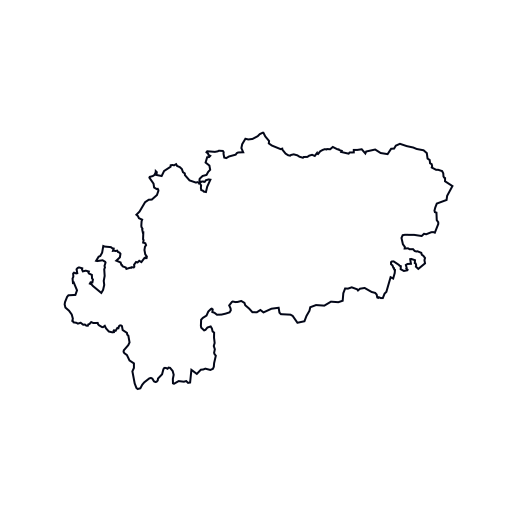 Carrick-On-Shannon Lea-6, Leitrim, Ireland, rotated 299°
{"feature_id": "5873133B60046508730190", "entity_name": "Carrick-On-Shannon Lea-6", "entity_type": "district", "adm_level": 2, "iso_a3": "IRL", "parent_name": "Ireland", "parent_adm1": "Leitrim", "projection": "robinson", "projection_center": [-7.954, 53.923], "detail": "fine", "context": "isolated", "style": "outline", "palette": "ink", "viewbox_px": 512, "rotation_deg": 299, "n_neighbors": 0, "source": "geoboundaries", "source_scale": "gbopen_adm2", "svg_char_len": 6139}
<svg xmlns="http://www.w3.org/2000/svg" viewBox="0 0 512 512"><g transform="rotate(299 256 256)"><path d="M420.5,377.6L419.7,373.5L418.7,371.7L418.6,366.8L420.0,366.5L421.5,365.1L421.5,363.3L424.2,361.3L424.4,358.8L428.8,355.5L429.7,351.3L427.5,344.6L427.1,340.9L425.2,334.6L423.9,327.5L420.3,324.8L416.9,324.7L415.3,322.2L408.9,321.7L406.5,315.1L406.9,308.6L400.8,301.7L398.7,301.9L400.6,296.7L397.9,293.2L396.2,290.1L394.0,291.3L391.9,287.7L390.4,287.4L388.3,280.1L389.5,280.0L389.0,277.4L389.4,276.6L388.8,275.6L388.6,270.3L385.3,269.1L384.0,266.3L383.4,266.1L382.8,264.4L381.1,262.9L378.7,261.4L375.2,260.8L375.1,259.9L375.6,259.4L372.0,258.9L371.7,256.0L369.6,253.9L367.6,252.9L365.7,249.7L364.7,249.4L363.9,245.9L364.1,243.4L363.2,239.7L361.3,237.6L360.3,237.2L359.7,235.2L359.9,232.2L361.8,227.5L362.6,226.9L361.4,225.7L360.3,216.3L360.7,212.6L362.9,211.7L365.1,206.1L367.4,202.7L367.1,202.1L364.4,200.2L361.6,199.4L356.7,196.2L354.2,192.8L353.4,189.9L347.1,189.7L343.3,190.9L340.5,194.5L337.9,190.2L336.6,189.3L334.8,189.1L329.9,184.1L327.2,182.5L326.7,180.5L329.7,178.0L331.1,177.4L331.8,176.1L330.1,172.5L329.0,171.8L327.1,169.5L324.0,162.6L323.3,162.4L322.7,162.4L322.4,164.4L321.4,165.3L321.4,167.4L319.8,167.0L318.7,165.4L313.3,166.6L312.5,171.4L309.2,174.1L306.4,173.4L302.9,173.4L300.1,170.5L296.3,169.3L294.8,169.8L294.3,170.5L292.5,171.0L294.9,172.6L295.6,173.7L295.6,174.7L296.3,175.3L297.9,175.4L300.0,177.4L300.6,179.1L293.0,179.7L287.7,181.2L287.0,179.1L287.4,177.9L287.1,176.2L288.8,174.8L291.2,173.7L292.5,171.1L292.2,169.0L291.1,167.9L289.9,161.2L292.3,154.6L293.7,153.7L293.9,151.5L296.1,149.0L296.8,146.3L296.5,143.3L297.6,141.6L295.6,140.4L295.1,138.8L294.0,137.4L292.6,138.0L285.8,134.4L280.2,134.7L278.6,129.6L281.2,128.6L281.6,127.2L280.6,127.7L277.6,127.9L275.8,126.9L273.7,124.7L272.8,124.8L269.6,131.3L266.5,133.7L266.4,136.8L267.1,137.5L266.7,138.2L265.8,139.0L261.3,139.8L254.8,137.5L253.2,134.9L249.3,132.9L238.4,132.6L234.1,131.4L233.7,133.3L232.3,135.3L232.6,138.8L230.9,139.1L227.1,140.9L225.9,141.7L224.7,143.6L224.0,143.6L221.5,145.8L221.8,146.1L215.9,149.1L215.4,150.0L213.0,150.8L213.5,153.0L212.2,154.6L210.3,154.4L207.2,155.5L203.8,158.3L202.6,160.8L201.1,161.3L200.3,160.0L200.8,159.8L200.2,159.4L195.1,158.7L195.2,156.2L192.9,155.5L192.6,154.0L189.3,153.6L187.6,154.8L186.7,154.6L185.8,152.5L185.1,152.5L184.5,151.4L181.9,148.9L182.8,147.7L182.3,144.3L183.1,143.2L183.0,142.5L184.7,140.7L184.2,136.1L188.8,137.6L192.2,136.4L192.8,134.9L192.6,133.3L193.4,132.0L192.1,130.5L192.0,129.4L191.2,128.4L193.5,127.9L193.1,126.6L193.4,124.8L190.9,119.1L190.7,117.6L184.3,119.8L180.5,119.8L179.1,118.7L174.3,118.5L174.6,119.6L177.9,123.9L177.8,126.9L177.3,127.6L173.9,128.3L172.8,129.4L170.8,129.7L165.2,133.3L160.4,134.9L157.1,137.3L152.2,138.7L148.7,138.6L150.7,127.9L151.5,125.8L151.3,124.1L152.8,124.1L153.6,125.7L156.3,124.8L157.0,123.4L159.9,121.6L159.7,118.4L160.3,117.4L161.4,117.3L160.6,114.2L158.6,112.0L159.8,110.4L161.0,110.0L160.2,106.7L159.0,105.8L157.4,105.5L154.3,108.0L153.6,107.2L153.2,104.9L152.0,104.6L149.3,106.3L147.3,106.5L143.8,108.9L144.5,109.4L139.2,116.1L134.4,116.9L130.7,111.0L128.7,110.6L123.1,111.3L120.9,112.1L118.5,114.3L117.5,119.0L115.5,123.2L112.4,126.2L110.2,126.8L110.3,127.4L109.5,128.6L110.5,131.3L110.5,133.0L112.6,135.0L112.1,138.2L113.1,139.5L112.8,141.4L113.5,142.7L114.9,142.5L115.7,143.3L118.3,143.9L118.5,146.2L120.7,150.0L119.7,151.0L119.3,152.2L119.2,155.9L119.6,156.7L121.6,157.6L120.0,159.9L118.6,163.9L119.6,167.4L120.5,168.6L121.6,167.7L122.2,167.8L122.5,169.5L125.8,169.6L126.1,170.7L128.1,170.2L129.1,170.5L129.8,171.4L129.7,172.7L126.6,175.3L126.2,180.4L124.8,181.5L124.4,183.0L119.1,187.3L116.1,187.5L109.5,186.1L108.0,186.6L107.2,187.9L106.8,191.1L103.3,196.0L102.9,201.3L98.9,203.5L95.2,203.8L85.7,211.7L82.6,215.4L82.3,217.0L84.2,219.0L88.3,218.9L91.3,219.5L97.2,222.0L98.4,223.2L98.5,224.8L96.9,227.5L97.0,229.1L97.8,230.0L99.5,230.4L101.3,229.7L107.0,231.2L112.1,229.9L113.7,230.1L114.4,231.4L114.5,233.3L116.0,233.6L116.5,235.1L115.0,238.9L112.2,241.6L108.1,242.9L104.4,245.1L104.5,246.2L109.1,249.0L111.1,253.9L112.8,255.6L112.1,258.1L113.4,259.7L125.1,254.7L124.2,261.4L129.8,262.9L131.2,264.9L132.9,266.3L134.2,271.3L136.4,273.0L138.7,272.8L142.0,271.3L149.3,269.2L150.1,267.3L151.0,266.3L154.5,265.2L156.8,262.7L159.9,262.0L164.2,258.9L168.7,256.5L169.0,254.6L171.2,252.6L172.4,250.5L169.9,248.2L166.9,247.6L165.8,246.7L166.8,242.8L168.3,241.6L173.7,238.9L176.1,239.5L179.9,241.6L184.3,241.2L187.9,242.3L188.5,242.8L188.3,244.0L185.8,245.0L186.2,247.2L185.7,250.3L188.0,254.2L190.8,257.3L193.9,260.2L196.2,260.3L197.8,259.2L199.8,256.5L204.1,257.2L204.9,257.7L205.7,260.3L206.9,262.2L209.5,264.9L209.4,268.6L207.7,270.5L206.7,275.4L205.1,280.1L207.2,284.0L210.9,286.0L210.3,289.9L217.4,295.1L221.7,300.9L217.8,304.0L217.2,306.0L221.4,314.6L221.4,317.1L217.7,324.6L222.4,330.0L228.1,329.2L234.0,329.3L237.5,328.3L242.2,332.3L245.7,339.8L252.4,343.7L255.5,350.4L258.9,353.5L265.8,350.4L270.8,349.7L272.0,352.2L275.0,354.9L275.9,360.6L275.3,361.9L277.8,362.8L280.7,366.5L280.6,374.6L281.5,378.1L280.8,380.2L278.5,382.2L278.6,383.2L279.5,383.4L279.7,385.5L280.7,387.3L285.5,386.7L287.8,387.4L302.7,384.0L302.8,386.9L308.3,385.6L311.2,384.3L311.2,383.4L312.3,382.6L312.3,381.8L313.9,380.0L314.3,378.1L316.0,377.1L317.1,377.5L318.0,379.0L317.5,385.2L317.1,386.3L317.3,387.6L314.6,388.9L314.6,392.6L316.8,395.2L317.4,395.3L318.0,393.5L318.7,393.5L320.8,391.4L322.5,392.4L324.3,395.3L328.0,392.4L328.7,393.2L329.4,397.1L326.8,398.3L326.9,399.2L325.7,400.5L324.2,401.0L323.4,404.2L331.5,407.4L334.1,405.3L336.2,404.8L337.3,402.3L337.5,400.4L338.9,399.0L338.4,394.9L337.7,394.1L337.3,392.4L338.1,390.0L336.4,387.1L336.4,385.2L334.6,382.4L336.1,381.8L337.5,378.8L342.3,374.5L345.3,374.2L346.7,375.9L351.2,384.2L353.8,391.2L356.9,392.2L357.5,394.3L361.8,397.8L362.9,399.6L363.1,401.1L372.4,399.9L373.9,399.0L375.0,396.7L381.4,392.8L381.1,391.2L382.2,390.1L385.2,389.3L389.5,388.7L397.4,395.5L401.3,394.0L412.4,393.9L413.0,385.1L415.8,383.6L415.8,382.5L416.5,381.4L419.1,379.7L420.5,377.6Z" fill="none" stroke="#020617" stroke-width="2"/></g></svg>